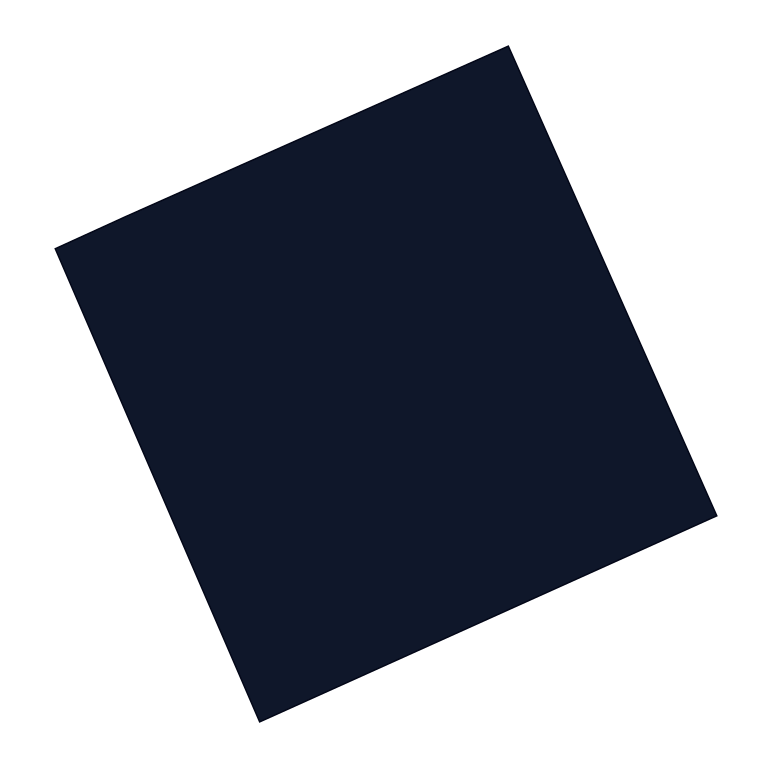 Martin, Texas, United States of America (Natural Earth projection), rotated 156°
{"feature_id": "52423323B4659936825166", "entity_name": "Martin", "entity_type": "district", "adm_level": 2, "iso_a3": "USA", "parent_name": "United States of America", "parent_adm1": "Texas", "projection": "natural_earth1", "projection_center": [-101.937, 32.306], "detail": "fine", "context": "isolated", "style": "filled", "palette": "ink", "viewbox_px": 768, "rotation_deg": 156, "n_neighbors": 0, "source": "geoboundaries", "source_scale": "gbopen_adm2", "svg_char_len": 255}
<svg xmlns="http://www.w3.org/2000/svg" viewBox="0 0 768 768"><g transform="rotate(156 384 384)"><path d="M551.4,642.0L629.3,641.3L635.0,125.9L141.6,128.2L133.6,128.2L133.0,642.1L551.4,642.0Z" fill="#0f172a" stroke="#020617" stroke-width="1.5"/></g></svg>